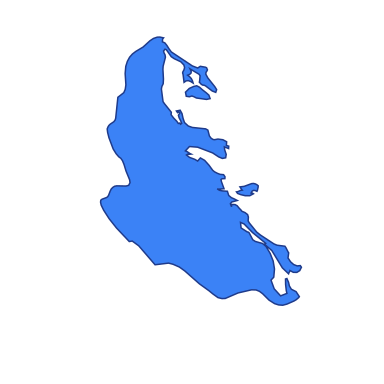 outline of Khánh Hòa, rotated 325°
{"feature_id": "VNM-479", "entity_name": "Khánh Hòa", "entity_type": "Province", "adm_level": 1, "iso_a3": "VNM", "parent_name": "Vietnam", "parent_adm1": "", "projection": "equal_earth", "projection_center": [109.201, 12.32], "detail": "fine", "context": "isolated", "style": "filled", "palette": "blue", "viewbox_px": 384, "rotation_deg": 325, "n_neighbors": 0, "source": "natural_earth", "source_scale": "10m", "svg_char_len": 4100}
<svg xmlns="http://www.w3.org/2000/svg" viewBox="0 0 384 384"><g transform="rotate(325 192 192)"><path d="M257.1,49.4L255.7,49.8L253.9,52.0L255.3,54.3L255.5,57.6L255.3,61.5L255.4,65.4L264.6,88.9L267.8,93.7L270.9,93.8L274.6,97.5L275.2,98.6L274.7,100.8L273.5,101.5L272.1,102.0L270.9,103.4L270.4,107.6L271.1,118.9L270.9,122.3L268.6,124.0L266.5,120.9L263.9,112.7L263.1,111.4L262.1,110.6L261.4,109.2L261.0,106.2L261.7,105.7L265.3,101.4L265.3,99.6L261.0,90.0L260.6,92.6L259.5,94.0L257.7,94.3L255.4,93.8L256.2,96.3L256.5,98.6L256.2,101.0L255.4,103.4L254.2,100.6L252.8,98.6L250.9,97.6L248.4,97.6L252.1,90.6L252.6,89.1L253.5,88.3L255.4,87.4L257.3,85.8L258.2,83.3L257.5,78.9L253.9,72.6L252.6,69.2L252.6,60.8L251.8,59.5L249.6,60.2L248.9,61.9L248.6,64.1L247.6,66.3L240.5,72.4L238.5,74.9L233.4,83.1L230.5,86.8L227.8,88.3L226.0,90.1L220.1,101.4L220.1,104.0L220.8,114.8L219.2,116.7L219.4,120.9L220.1,125.4L220.1,128.0L220.7,128.3L221.2,128.3L221.5,128.6L221.4,129.9L222.9,129.9L223.6,127.1L224.0,123.9L224.9,121.3L227.2,120.4L227.2,118.7L225.7,118.7L225.7,116.7L229.2,118.2L228.8,122.0L226.9,126.6L225.7,130.8L226.8,135.8L229.3,139.3L239.4,148.1L240.5,150.4L238.4,156.1L238.5,158.9L239.4,161.1L240.5,162.1L243.6,163.5L247.3,166.9L249.2,170.7L246.9,173.6L248.4,175.5L246.9,177.4L244.4,173.6L243.0,176.1L241.6,180.8L239.2,183.3L236.1,181.9L234.0,178.6L231.3,171.8L222.3,158.5L216.0,153.3L210.2,154.5L211.2,156.2L212.3,159.2L213.0,160.4L210.8,159.2L210.2,158.5L208.7,158.5L209.8,162.2L213.0,166.8L214.4,169.9L218.4,168.9L220.5,173.3L221.3,179.9L221.4,186.0L222.0,188.3L223.5,191.2L225.1,193.6L227.8,195.9L227.8,198.4L226.6,199.9L224.2,198.4L222.9,198.4L222.1,200.3L220.1,207.7L215.5,205.0L214.4,203.9L215.5,206.4L217.4,208.4L221.4,211.7L220.1,215.9L221.0,219.2L222.7,222.0L224.2,224.9L218.8,223.0L216.7,223.6L215.9,226.8L217.2,225.1L217.2,224.9L220.0,226.9L221.1,229.1L221.4,232.7L221.8,234.6L221.7,235.5L222.0,236.7L223.6,239.2L224.6,242.4L223.8,244.9L221.4,247.9L221.2,250.2L222.0,261.8L223.4,266.6L229.3,281.4L231.1,284.3L237.0,289.7L237.0,291.5L236.3,296.4L236.3,297.3L232.8,301.1L232.7,305.7L233.7,309.8L235.8,312.9L238.5,314.4L238.5,316.4L235.2,318.2L231.8,318.0L228.9,315.9L227.2,312.5L226.5,313.1L225.0,313.8L224.2,314.4L222.5,306.0L223.8,285.8L221.4,276.3L222.9,276.3L218.3,259.9L216.3,248.0L214.3,244.7L211.6,249.6L214.2,256.1L215.1,257.2L215.4,258.2L214.4,266.0L215.5,268.8L220.3,274.7L221.4,279.1L220.8,287.2L218.9,295.1L215.4,302.4L210.1,308.7L206.2,309.5L203.8,318.5L205.0,327.9L211.6,329.5L212.6,327.0L215.6,321.5L218.7,316.9L220.1,317.3L219.3,321.3L217.9,324.8L217.6,328.6L220.1,333.3L219.9,339.3L218.7,339.7L215.6,340.0L213.0,339.8L205.5,338.3L201.4,336.8L198.2,334.2L195.6,330.8L193.1,324.8L191.5,315.8L190.3,312.1L188.3,309.0L184.7,306.3L171.8,301.1L158.2,298.3L155.4,296.5L152.7,293.4L150.6,287.4L149.3,282.7L145.4,271.5L140.8,252.5L138.6,246.2L135.0,240.3L132.0,236.8L120.0,230.4L117.5,205.5L114.9,197.9L112.2,196.6L109.5,178.2L108.8,166.3L109.2,156.2L110.1,150.6L111.3,147.8L112.6,146.4L114.2,146.3L118.8,147.5L120.1,147.5L121.7,146.9L125.4,144.4L127.6,143.2L129.8,142.8L131.9,142.9L133.9,143.8L141.4,149.3L143.9,150.2L146.6,148.8L147.9,146.2L150.0,136.9L152.1,130.5L153.0,126.5L153.0,123.5L152.2,121.2L151.8,117.1L152.1,111.6L155.1,99.9L157.0,94.9L158.7,91.7L160.5,90.5L162.1,89.8L164.0,89.5L168.2,89.6L170.2,89.0L171.8,87.8L185.6,71.9L193.1,71.5L196.2,69.6L199.3,66.3L205.2,56.6L209.8,51.1L214.0,47.9L218.2,45.8L222.3,44.8L226.5,44.6L235.0,45.2L244.3,44.0L248.5,44.1L252.3,45.2L254.6,46.7L257.1,49.4ZM259.0,113.7L260.6,119.0L261.4,122.3L260.4,125.9L257.0,124.5L249.5,117.5L248.3,115.2L247.0,113.3L244.5,112.5L242.2,110.3L243.9,106.5L249.2,105.6L253.9,106.5L256.8,107.7L258.3,110.5L259.0,113.7ZM245.6,219.3L247.2,220.2L248.4,221.5L249.3,223.1L249.8,224.9L248.9,226.0L246.6,228.1L245.6,228.7L244.5,226.9L243.2,225.9L241.6,225.8L239.8,226.8L240.4,227.4L240.7,227.4L240.9,227.6L241.3,228.7L237.2,228.2L233.4,225.5L230.4,222.1L228.5,219.3L228.5,217.4L229.8,218.0L232.8,218.6L234.2,219.3L234.1,218.3L234.2,215.3L238.0,217.3L245.6,219.3Z" fill="#3b82f6" stroke="#1e3a8a" stroke-width="1.5"/></g></svg>